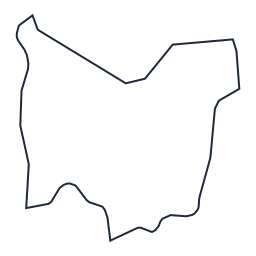 the London Borough of Redbridge
{"feature_id": "GBR-2074", "entity_name": "Redbridge", "entity_type": "London Borough", "adm_level": 1, "iso_a3": "GBR", "parent_name": "United Kingdom", "parent_adm1": "", "projection": "orthographic", "projection_center": [0.078, 51.584], "detail": "fine", "context": "isolated", "style": "outline", "palette": "slate", "viewbox_px": 256, "rotation_deg": 0, "n_neighbors": 0, "source": "natural_earth", "source_scale": "10m", "svg_char_len": 777}
<svg xmlns="http://www.w3.org/2000/svg" viewBox="0 0 256 256"><path d="M232.8,39.4L236.5,51.3L239.3,88.8L219.2,100.5L218.4,101.6L215.2,108.0L214.8,109.8L210.4,157.7L199.3,197.8L198.6,207.0L198.1,208.6L197.4,210.1L194.4,213.6L192.0,215.0L186.2,216.3L170.6,215.1L162.4,218.8L160.4,221.5L158.7,226.0L155.3,230.2L152.5,231.8L151.6,231.9L140.7,227.7L137.7,227.8L110.3,240.6L107.5,217.7L104.9,210.0L102.3,206.6L89.2,202.2L86.6,200.1L76.0,186.1L75.0,185.3L69.9,183.5L67.6,183.5L63.8,184.8L59.7,187.9L51.1,202.0L48.6,203.8L26.2,208.1L28.8,164.2L20.3,125.6L21.5,90.7L28.0,69.0L28.4,63.5L26.9,55.2L24.6,49.9L18.0,40.3L17.0,37.6L16.7,36.0L16.9,32.9L18.6,26.5L19.5,25.0L32.5,15.4L37.8,29.8L125.7,83.3L145.0,78.7L172.7,44.6L232.8,39.4Z" fill="none" stroke="#1e293b" stroke-width="2"/></svg>